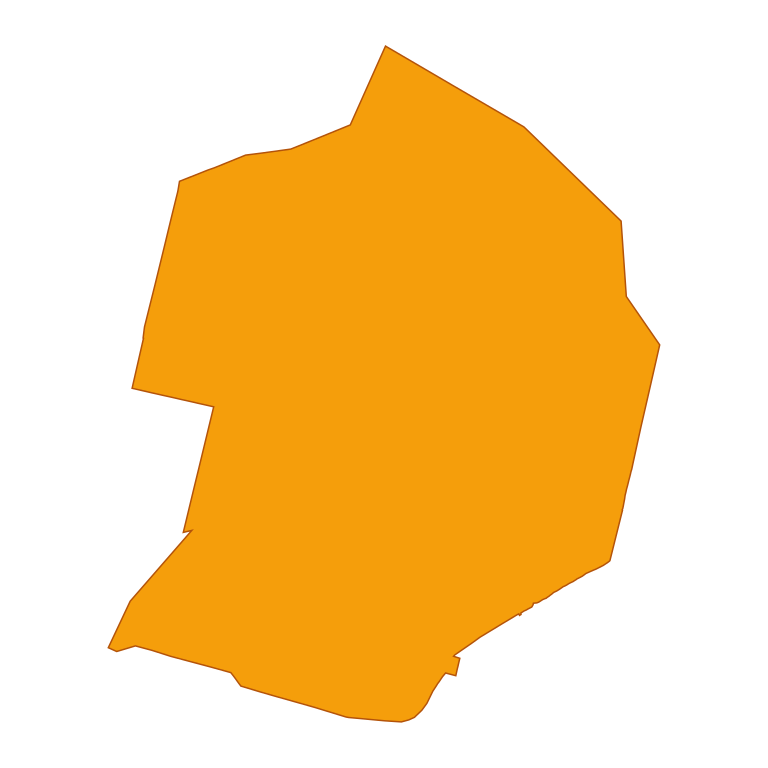 outline of San Francisco Lachigoló, Oaxaca, Mexico
{"feature_id": "50627088B79182667704581", "entity_name": "San Francisco Lachigoló", "entity_type": "district", "adm_level": 2, "iso_a3": "MEX", "parent_name": "Mexico", "parent_adm1": "Oaxaca", "projection": "mercator", "projection_center": [-96.594, 17.027], "detail": "fine", "context": "isolated", "style": "filled", "palette": "amber", "viewbox_px": 768, "rotation_deg": 0, "n_neighbors": 0, "source": "geoboundaries", "source_scale": "gbopen_adm2", "svg_char_len": 2158}
<svg xmlns="http://www.w3.org/2000/svg" viewBox="0 0 768 768"><path d="M194.3,486.8L183.3,532.4L191.8,530.4L130.2,601.2L108.3,647.7L116.7,651.5L135.4,645.9L151.8,650.3L170.6,656.3L188.9,661.2L211.4,667.2L230.8,672.6L233.1,675.5L234.9,677.9L238.7,683.2L240.9,686.1L260.5,692.0L276.5,696.6L299.2,703.0L315.4,707.6L327.4,711.3L346.0,717.0L348.7,717.5L359.9,718.5L384.7,720.8L401.4,721.9L408.8,719.9L414.5,717.3L415.7,716.1L421.8,710.3L424.0,707.3L426.9,703.3L432.8,691.2L436.4,685.7L437.6,683.7L439.0,681.9L442.5,676.7L445.6,673.0L455.8,675.7L457.3,668.8L458.0,666.1L458.6,663.4L459.8,658.3L453.6,656.3L454.8,654.9L472.3,642.8L480.0,637.2L487.4,632.7L502.2,623.7L503.2,623.1L517.0,614.8L518.8,613.9L519.5,615.4L521.0,614.5L520.9,613.0L522.6,611.9L524.2,610.9L526.1,610.1L527.6,609.2L529.5,608.2L530.7,607.6L531.8,607.0L532.6,605.6L533.1,604.7L533.4,603.2L534.7,603.1L536.8,602.9L538.8,602.1L541.3,600.5L542.7,599.6L544.8,598.7L546.1,598.3L547.3,597.3L548.9,596.3L549.4,595.9L549.7,595.6L550.6,594.9L551.5,594.3L553.7,592.4L556.7,591.0L559.3,589.4L561.3,588.0L563.3,586.6L564.8,586.0L566.1,585.3L566.7,585.0L568.7,583.7L570.8,582.6L573.0,581.6L574.5,580.6L576.0,579.7L577.0,578.9L579.2,577.8L580.6,577.1L581.3,576.7L582.1,576.3L583.8,575.1L585.9,573.5L593.3,570.2L595.8,569.2L603.3,565.4L608.5,561.9L609.9,560.7L622.5,510.2L622.2,509.8L622.8,508.4L623.3,506.0L623.9,502.7L624.6,499.1L625.1,495.4L625.9,492.2L626.6,488.9L627.4,486.1L628.3,482.5L628.8,480.4L629.4,478.2L630.3,474.7L631.0,471.6L631.7,469.4L632.5,465.7L632.6,465.1L640.9,427.1L649.1,391.4L659.7,344.9L626.3,296.5L621.1,221.1L523.9,126.9L452.3,85.2L385.5,46.1L350.3,124.9L310.8,141.0L290.7,149.1L260.8,153.2L245.6,155.1L213.8,168.0L213.2,168.2L208.0,170.0L179.5,181.3L178.0,190.4L177.5,192.7L175.6,200.3L171.6,216.6L168.4,229.8L165.9,240.2L163.1,251.7L155.1,284.4L144.5,326.9L143.1,338.1L143.5,338.3L139.5,355.8L132.1,388.3L148.7,392.1L151.6,392.8L155.3,393.6L158.4,394.3L161.4,395.0L169.6,396.8L173.2,397.6L177.1,398.5L181.8,399.6L185.5,400.4L189.9,401.4L194.8,402.5L197.7,403.2L201.3,404.0L203.1,404.4L213.7,406.8L198.9,468.0L194.3,486.8Z" fill="#f59e0b" stroke="#b45309" stroke-width="1.5"/></svg>